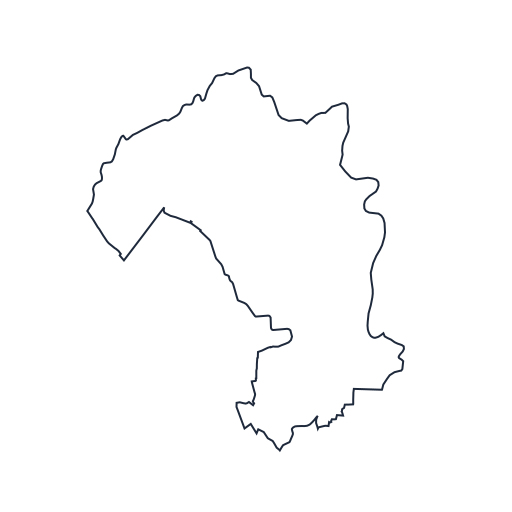 Go Vap, Hồ Chí Minh city, Vietnam, rotated 20°
{"feature_id": "81297802B93588362587103", "entity_name": "Go Vap", "entity_type": "district", "adm_level": 2, "iso_a3": "VNM", "parent_name": "Vietnam", "parent_adm1": "Hồ Chí Minh city", "projection": "equal_earth", "projection_center": [106.669, 10.835], "detail": "fine", "context": "isolated", "style": "outline", "palette": "slate", "viewbox_px": 512, "rotation_deg": 20, "n_neighbors": 0, "source": "geoboundaries", "source_scale": "gbopen_adm2", "svg_char_len": 4915}
<svg xmlns="http://www.w3.org/2000/svg" viewBox="0 0 512 512"><g transform="rotate(20 256 256)"><path d="M402.1,285.0L400.7,287.3L398.7,290.0L397.1,291.3L395.8,292.2L394.4,292.5L393.0,292.4L391.2,291.9L389.3,290.5L387.6,288.7L386.3,286.9L384.6,283.3L383.5,279.6L382.9,277.3L381.4,271.4L380.7,263.0L379.5,255.2L378.6,251.5L377.1,247.5L372.4,238.7L369.6,232.6L368.5,222.6L369.0,214.8L370.3,207.8L370.8,202.7L370.2,194.5L369.5,191.3L369.2,189.8L365.5,181.0L362.8,177.3L362.6,177.1L360.0,175.2L356.6,174.3L347.5,176.5L343.9,176.1L341.6,174.3L340.0,170.6L339.6,167.4L340.2,165.1L342.2,160.8L346.7,154.4L347.2,151.1L347.1,147.8L345.6,144.7L343.1,143.2L339.5,143.2L334.4,144.2L327.6,147.8L323.8,149.8L318.6,149.8L310.9,146.0L303.8,141.6L303.0,133.6L302.7,131.1L300.9,127.5L299.6,122.9L299.2,119.6L300.0,107.4L299.0,102.7L297.2,100.0L295.0,95.2L292.0,86.6L290.4,83.9L289.2,82.7L287.0,82.2L284.7,83.1L281.7,85.7L276.3,89.7L275.3,91.8L272.2,97.8L268.5,99.2L266.3,101.0L264.1,103.3L260.1,110.4L258.5,114.2L253.7,112.7L251.5,112.7L247.6,114.4L240.6,117.8L233.0,117.7L229.0,115.8L220.5,105.1L217.1,101.4L214.4,100.6L208.7,103.4L206.2,102.4L200.8,95.4L197.1,93.3L192.3,92.0L190.3,90.3L188.9,86.5L187.3,82.7L185.0,81.5L183.2,81.9L176.0,87.7L172.2,92.6L170.8,93.3L169.2,94.0L167.0,94.1L165.5,94.4L163.9,96.3L161.6,97.9L158.2,99.4L156.8,100.8L156.1,103.1L155.6,108.5L154.4,111.9L153.7,116.7L153.8,120.2L154.2,125.6L153.6,127.4L152.6,128.4L151.7,128.3L150.6,127.3L149.0,124.9L147.4,124.2L145.9,124.5L144.6,126.2L143.9,128.1L143.9,129.5L144.1,132.1L144.0,134.0L143.3,135.6L141.8,136.5L138.6,137.5L137.3,138.5L137.0,138.8L136.0,140.2L135.7,142.5L135.6,146.3L135.1,148.4L133.7,150.9L129.8,155.5L127.8,158.2L126.9,158.8L123.9,159.2L121.7,160.7L112.7,169.5L106.2,176.4L102.3,180.9L98.9,184.3L95.7,190.0L94.6,190.8L93.8,190.8L91.5,189.2L90.2,188.4L89.5,188.8L89.0,189.8L88.7,190.6L88.4,192.8L88.4,198.0L87.8,202.1L87.8,203.7L88.6,208.8L88.7,213.9L88.2,216.5L87.1,217.8L83.9,219.4L81.3,220.9L80.8,221.7L80.7,222.4L80.6,224.2L80.7,227.4L80.9,229.0L81.4,230.4L83.1,232.6L84.2,234.4L84.9,236.3L85.0,237.7L84.5,238.6L81.3,242.1L80.3,243.9L79.8,246.3L79.9,247.7L80.0,248.9L80.8,250.3L82.7,253.7L83.5,258.0L83.9,260.8L83.9,262.8L82.1,271.4L83.8,272.6L89.5,276.8L89.9,277.0L97.4,283.0L99.6,284.4L105.4,289.0L111.1,293.2L113.3,294.4L120.5,296.9L122.0,297.2L125.1,298.3L128.2,300.3L127.7,302.1L133.4,305.3L142.8,275.1L149.6,252.8L153.1,241.7L153.6,244.7L155.2,246.6L161.9,247.5L167.4,247.0L182.6,247.3L182.8,245.7L183.8,245.9L183.7,247.4L187.9,248.6L195.2,250.7L195.0,251.6L207.1,256.9L208.0,257.5L218.0,270.4L219.4,272.0L226.1,275.6L228.3,277.6L232.7,283.7L233.6,284.0L235.1,283.9L236.3,283.9L237.3,284.2L237.7,284.6L238.0,285.3L239.0,286.7L239.8,287.6L240.7,288.2L242.6,288.8L244.1,290.2L252.4,301.6L254.0,303.7L254.8,303.9L261.1,304.1L263.4,304.6L265.4,305.7L272.3,310.6L275.6,312.8L276.4,313.0L277.2,312.7L287.7,307.9L288.9,307.7L289.8,308.1L290.8,308.9L293.2,314.8L294.7,318.5L295.5,319.3L296.4,319.8L297.4,319.7L310.1,313.8L311.8,313.5L313.7,314.1L317.4,319.4L317.6,323.0L316.2,326.0L313.7,328.4L310.3,331.3L308.0,333.5L306.3,334.2L304.2,334.9L303.0,335.2L301.0,336.8L300.6,336.6L298.5,338.2L293.8,343.0L290.7,345.5L292.5,351.0L292.1,351.5L293.7,357.0L295.2,361.3L295.5,363.6L298.1,370.8L297.7,371.1L298.5,373.1L298.2,373.6L294.9,375.3L295.4,376.2L297.0,378.5L301.0,384.2L302.4,386.1L302.7,387.3L302.8,388.8L302.9,391.8L302.7,393.6L303.8,394.7L304.6,395.1L304.3,397.2L299.3,395.6L298.0,397.3L296.8,398.2L294.6,398.6L290.8,399.0L288.0,400.6L289.3,404.5L291.3,406.8L304.2,422.0L308.5,415.6L317.2,422.5L317.4,418.1L320.0,418.4L323.5,418.8L329.4,423.2L331.1,423.5L334.9,424.1L335.6,424.6L336.8,425.5L340.0,428.2L340.9,429.0L344.6,430.3L344.9,430.5L345.5,427.2L346.1,424.6L347.3,423.3L351.1,419.5L351.3,418.1L351.4,415.6L351.6,412.9L351.6,410.9L351.2,409.7L350.3,408.6L349.1,406.8L348.9,406.2L349.3,404.8L350.3,403.5L351.1,402.7L353.2,401.7L357.2,400.1L359.8,399.2L362.0,398.1L363.5,396.7L364.4,395.6L365.8,392.7L366.9,390.0L367.8,387.2L368.7,385.1L368.5,386.1L368.5,388.9L368.7,389.8L369.6,392.4L370.4,393.4L372.1,395.5L373.2,397.1L373.3,396.0L373.4,395.7L373.7,395.4L377.9,392.6L378.9,392.0L380.2,391.5L382.3,391.0L381.5,387.1L382.1,387.2L382.5,387.1L383.0,386.8L383.5,386.2L383.2,385.9L383.1,385.5L383.0,384.9L383.2,383.4L384.0,383.2L385.5,382.7L386.9,382.0L386.5,377.8L392.4,376.2L391.1,374.4L390.4,373.5L389.7,372.9L389.8,372.6L389.8,372.4L389.4,370.9L389.4,370.3L389.9,369.7L390.7,368.6L390.6,367.7L390.3,365.3L393.5,364.1L398.0,362.2L397.8,361.3L396.6,358.1L394.2,350.9L393.4,347.4L420.1,338.6L420.1,338.3L419.6,333.2L421.2,326.5L422.4,322.3L425.9,317.8L430.0,315.0L431.7,314.0L432.2,312.2L430.3,304.5L428.3,303.6L425.4,303.0L424.6,302.2L424.6,301.0L425.1,299.0L426.5,295.6L426.8,292.8L425.7,290.4L423.4,289.8L419.0,289.9L415.7,289.6L411.5,288.4L407.7,288.1L404.4,287.5L402.1,285.0Z" fill="none" stroke="#1e293b" stroke-width="2"/></g></svg>